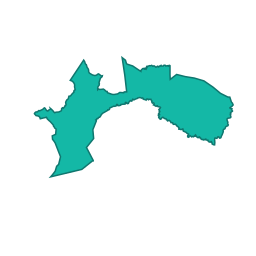 the district of Coicoyán de las Flores, Guerrero, Mexico, rotated 291°
{"feature_id": "50627088B16935461060546", "entity_name": "Coicoyán de las Flores", "entity_type": "district", "adm_level": 2, "iso_a3": "MEX", "parent_name": "Mexico", "parent_adm1": "Guerrero", "projection": "albers", "projection_center": [-98.212, 17.216], "detail": "fine", "context": "isolated", "style": "filled", "palette": "teal", "viewbox_px": 256, "rotation_deg": 291, "n_neighbors": 0, "source": "geoboundaries", "source_scale": "gbopen_adm2", "svg_char_len": 5972}
<svg xmlns="http://www.w3.org/2000/svg" viewBox="0 0 256 256"><g transform="rotate(291 128 128)"><path d="M178.0,219.0L179.1,218.2L180.9,219.4L181.3,219.5L182.0,218.3L183.2,218.2L182.9,216.4L183.4,215.9L185.7,217.4L186.5,217.5L187.2,217.9L188.6,216.6L189.2,215.4L189.7,214.9L193.3,212.0L192.7,210.1L193.5,201.9L196.6,192.8L199.2,182.0L198.4,172.1L196.5,163.1L195.4,154.2L188.5,150.0L192.8,148.1L200.7,145.1L201.3,144.8L201.3,144.0L200.9,143.7L200.6,144.1L200.1,143.4L200.4,142.7L199.4,141.0L199.8,140.5L199.9,140.0L199.3,138.9L198.6,138.8L198.4,138.6L197.9,137.2L198.0,136.7L198.3,136.4L198.0,136.2L197.5,136.3L197.3,136.0L197.1,135.1L196.2,134.9L195.9,134.6L196.3,133.5L196.0,133.2L195.7,133.2L194.8,132.3L194.8,132.0L195.4,130.4L195.2,129.7L194.6,129.3L194.5,129.0L195.0,127.7L194.2,126.8L193.9,125.7L192.8,124.5L192.4,124.3L192.5,124.0L192.5,123.6L192.0,123.4L191.4,124.0L190.8,123.9L190.7,123.4L190.2,123.2L189.7,123.9L189.3,123.8L189.6,123.1L190.0,122.5L189.9,122.3L189.3,122.2L188.9,122.4L188.8,122.2L189.2,121.2L188.7,120.4L186.3,119.4L185.5,119.7L185.9,117.5L187.6,110.2L187.3,104.2L187.7,103.4L190.4,101.3L191.6,97.3L176.1,106.1L161.3,113.8L160.3,111.5L159.4,111.4L158.3,107.7L158.0,107.4L156.2,106.2L154.4,103.2L154.0,102.2L153.7,100.9L153.6,96.6L153.6,96.3L154.4,95.6L154.2,95.5L154.5,94.5L154.6,93.7L155.2,92.5L155.5,91.0L154.8,89.8L153.8,87.7L153.9,86.5L152.9,86.0L154.1,85.5L155.5,85.2L156.5,85.3L157.4,85.7L159.1,85.4L159.6,84.8L161.2,84.6L164.6,84.4L166.6,85.4L167.5,85.3L167.0,84.7L168.0,81.2L167.5,80.5L166.1,79.7L165.1,78.3L164.8,75.8L165.4,72.3L166.6,71.0L167.7,70.6L168.7,69.9L169.4,69.0L169.9,68.1L172.2,66.4L172.3,65.8L172.8,65.0L174.5,63.7L175.5,62.3L151.8,57.0L151.7,59.5L150.7,61.2L149.9,62.2L148.5,63.0L147.3,63.3L144.8,65.0L144.4,64.6L143.5,64.2L142.7,64.3L142.1,64.7L141.3,64.3L140.8,64.0L139.0,63.3L137.7,63.0L137.1,62.6L136.6,61.5L135.6,61.5L134.3,61.8L133.3,61.5L132.5,60.9L130.8,60.6L129.6,60.6L128.5,61.2L127.9,61.7L126.6,61.7L126.4,61.2L125.2,61.3L124.2,60.8L123.4,60.6L123.4,59.5L122.1,59.1L121.1,59.5L120.1,59.5L118.3,57.8L117.7,56.9L117.5,56.2L116.8,54.9L116.0,54.2L116.2,53.4L117.2,51.7L118.1,49.7L118.5,48.5L117.9,49.0L116.1,47.4L115.1,47.1L115.0,46.4L115.3,45.4L116.6,43.7L116.9,42.9L116.1,42.2L114.9,41.8L113.4,40.3L112.4,39.5L112.4,38.6L111.8,38.2L110.5,37.6L110.1,36.4L109.1,35.7L107.8,35.5L106.6,37.7L106.9,39.0L107.0,40.6L106.3,41.9L105.2,42.8L107.4,45.9L108.0,47.0L108.8,47.8L108.4,48.6L107.7,49.1L106.6,51.6L106.2,52.9L104.9,55.5L103.9,57.4L103.2,57.6L102.5,58.8L101.8,59.4L101.2,61.3L96.2,62.7L93.5,60.1L90.4,61.6L89.0,63.9L87.9,65.4L77.0,75.3L69.2,76.3L66.7,75.1L61.6,75.5L57.2,74.2L54.7,73.3L72.8,99.7L85.0,106.9L84.9,107.2L85.2,107.2L94.9,96.2L105.9,99.7L113.8,95.8L123.4,95.9L124.0,95.0L124.9,95.7L125.3,95.5L125.8,95.8L126.1,96.6L126.8,96.6L127.7,97.2L127.9,97.7L129.2,98.1L130.6,98.3L131.0,98.2L131.7,98.7L132.5,98.9L137.4,102.9L137.8,102.7L137.9,103.1L138.6,104.0L140.1,103.8L143.3,106.9L143.5,107.9L144.5,109.1L144.9,109.4L145.4,109.0L145.9,109.0L146.1,109.5L146.1,109.8L145.3,110.8L145.9,112.1L146.7,113.0L147.4,112.9L147.8,113.8L148.2,114.4L149.2,116.6L149.6,116.6L149.7,116.9L150.0,117.1L150.4,116.9L150.9,116.4L151.1,116.6L151.2,117.1L151.1,117.7L150.7,118.3L150.5,118.7L151.1,119.6L151.9,119.4L152.3,119.5L152.9,119.8L153.2,120.0L154.3,120.3L154.5,120.5L154.3,121.5L154.5,121.9L154.9,121.8L155.5,122.0L156.0,122.0L156.6,122.1L156.6,122.7L156.3,123.4L158.0,124.9L158.6,125.8L159.7,126.5L160.0,127.2L160.5,127.6L160.8,128.6L160.8,129.3L160.7,129.8L160.9,130.3L161.2,130.6L161.2,131.1L161.1,131.5L160.8,131.8L160.5,131.8L160.4,133.0L160.6,133.5L160.7,134.2L160.5,134.9L160.9,135.0L161.9,135.2L162.1,135.9L162.0,136.2L161.7,136.8L161.7,137.0L162.3,137.1L162.5,137.4L162.5,138.0L163.0,139.1L162.7,139.3L161.9,140.2L161.7,140.8L160.9,140.8L160.0,141.8L160.0,142.0L160.3,142.3L160.6,142.7L160.6,143.0L160.3,143.5L159.9,143.7L159.3,143.7L158.7,143.5L158.7,144.1L158.9,144.3L158.6,144.5L158.3,146.4L158.4,146.6L159.2,147.1L159.3,147.4L158.8,148.0L158.6,148.5L158.9,149.1L159.0,150.0L159.0,150.7L158.8,151.0L157.8,150.9L157.7,150.8L156.3,150.2L156.1,150.3L155.9,151.0L155.7,151.1L155.0,151.1L154.7,151.2L154.6,151.8L152.9,151.6L152.3,152.2L152.3,151.5L151.9,151.4L151.3,152.1L150.7,151.8L150.4,151.9L150.0,152.9L148.8,152.9L148.5,153.3L148.2,154.4L147.7,154.9L148.1,155.6L149.0,155.7L150.3,156.3L150.3,156.9L150.5,157.1L149.9,158.6L150.0,159.0L150.2,160.3L149.5,160.8L149.5,161.7L149.0,162.0L148.8,162.6L149.6,163.2L149.9,163.6L149.6,164.6L149.1,165.6L148.4,166.2L148.9,167.8L147.8,168.7L147.7,169.1L147.9,169.7L148.5,170.7L148.5,171.2L148.2,171.8L147.8,172.1L147.6,172.8L147.3,173.0L147.3,173.7L147.0,174.4L146.3,175.6L145.6,175.7L145.1,175.9L145.5,176.9L145.4,177.4L145.7,178.4L146.8,179.5L145.6,180.5L145.2,180.4L144.9,180.9L144.8,183.9L144.3,184.6L144.0,186.8L143.0,186.6L142.0,186.5L141.1,186.9L141.1,188.0L141.5,188.2L142.3,188.0L143.1,188.8L142.5,190.6L143.2,191.2L143.2,192.2L144.6,192.9L144.2,193.4L144.6,194.0L145.4,193.5L145.7,193.6L144.4,195.2L144.0,196.9L144.8,197.3L145.3,198.0L144.5,198.7L144.7,199.3L143.9,200.1L143.7,201.4L144.0,201.6L144.3,202.1L143.9,202.8L144.5,203.7L145.2,204.0L145.5,204.7L144.8,205.1L145.2,207.0L144.7,207.1L144.5,208.1L144.1,208.4L144.2,209.8L144.7,210.0L145.2,210.5L145.2,210.8L144.5,211.2L144.0,212.0L143.3,212.2L143.0,213.7L143.3,214.9L145.5,214.3L148.3,213.0L149.4,212.7L149.7,212.7L149.9,212.8L150.0,213.0L150.0,214.1L150.2,214.7L151.1,215.0L151.7,214.9L152.2,215.3L152.2,216.0L151.4,217.1L151.4,217.4L152.1,218.1L152.7,218.2L153.9,218.1L155.4,218.3L158.3,218.3L159.1,218.1L159.6,217.7L160.2,217.6L161.2,217.9L161.4,218.1L161.6,218.5L161.9,218.7L162.8,218.8L163.5,218.7L164.4,218.9L165.1,219.5L165.7,220.3L165.9,220.4L166.5,220.5L166.9,220.5L167.3,219.9L168.2,219.3L169.2,219.2L170.5,217.9L171.6,217.3L172.2,217.3L172.8,217.7L173.1,218.0L173.8,219.3L174.3,219.9L174.7,220.1L175.2,220.1L177.5,218.5L178.0,219.0Z" fill="#14b8a6" stroke="#0f766e" stroke-width="1.5"/></g></svg>